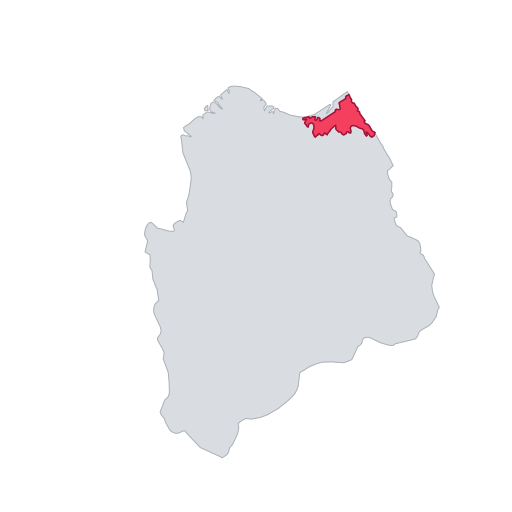 Nigeria, with Ogun highlighted, rotated 147°
{"feature_id": "NGA-2852", "entity_name": "Ogun", "entity_type": "State", "adm_level": 1, "iso_a3": "NGA", "parent_name": "Nigeria", "parent_adm1": "", "projection": "natural_earth1", "projection_center": [3.522, 7.137], "detail": "fine", "context": "in_parent", "style": "filled", "palette": "rose", "viewbox_px": 512, "rotation_deg": 147, "n_neighbors": 0, "source": "natural_earth", "source_scale": "10m", "svg_char_len": 6189}
<svg xmlns="http://www.w3.org/2000/svg" viewBox="0 0 512 512"><g transform="rotate(147 256 256)"><path d="M394.0,105.1L407.0,125.6L409.9,140.8L411.0,148.2L413.1,149.1L417.1,149.5L420.0,151.0L421.8,153.5L422.9,155.8L423.1,157.2L422.4,166.3L421.4,169.6L422.0,174.1L421.8,176.0L421.4,177.3L419.6,178.8L417.2,180.3L411.5,184.6L409.8,185.3L407.4,185.4L405.3,186.4L402.9,188.8L397.6,197.5L393.0,206.2L389.8,220.4L385.7,224.8L385.0,228.7L384.5,237.5L383.9,240.2L383.2,241.0L378.9,242.6L376.4,244.6L374.9,248.6L373.0,262.2L372.4,264.5L371.0,266.8L368.7,269.4L366.8,270.8L361.8,271.7L357.1,281.9L357.0,283.7L355.0,293.0L351.3,300.0L351.1,304.5L346.6,310.6L344.2,314.8L346.7,319.2L346.8,319.9L339.0,327.3L338.5,328.4L338.2,333.5L337.6,334.9L336.1,336.8L334.0,338.9L331.9,340.5L329.4,341.6L327.1,342.0L325.7,341.4L325.0,339.8L323.6,333.5L323.0,332.2L321.4,331.0L315.3,324.1L311.6,321.6L310.8,321.8L310.2,322.5L309.2,326.0L308.2,327.2L306.2,327.7L302.9,327.7L300.4,327.2L299.8,326.5L298.6,323.8L291.1,330.1L288.5,331.5L285.1,338.9L280.4,342.6L277.1,345.8L268.3,356.0L266.6,358.9L264.8,363.4L261.1,382.4L255.1,394.3L254.2,396.8L253.9,396.7L253.1,397.8L250.7,397.1L249.7,394.9L248.2,394.5L245.7,391.3L245.2,391.8L247.9,400.0L246.9,403.2L239.4,403.3L233.0,404.4L228.6,404.3L226.4,403.1L225.4,400.0L225.1,400.4L224.8,402.0L223.5,403.3L218.5,403.5L216.3,401.4L214.6,399.1L212.7,398.1L213.0,399.0L215.1,401.3L214.9,404.6L210.9,408.4L208.4,408.7L206.8,407.0L206.0,404.3L205.6,400.4L204.6,397.8L204.0,397.8L204.7,402.1L204.7,406.1L206.6,409.2L203.7,410.2L200.2,410.3L199.8,409.1L199.3,406.6L198.7,405.9L198.0,410.3L190.9,411.5L189.8,411.3L189.6,410.5L190.2,409.3L190.0,407.3L188.5,408.8L188.2,411.9L187.3,412.3L184.6,411.9L181.6,410.3L176.8,406.5L170.8,400.3L169.9,397.5L168.2,394.1L165.1,384.6L165.6,384.2L167.0,384.7L167.7,383.8L165.2,383.2L164.7,382.5L164.5,380.4L164.6,377.8L168.4,376.5L169.2,374.9L169.7,373.4L165.1,375.7L160.8,373.1L159.9,371.4L160.4,370.2L165.4,370.1L167.1,368.9L166.0,368.5L164.1,368.5L163.4,367.7L163.5,365.8L162.9,366.2L162.1,367.9L159.1,369.2L157.4,367.9L157.3,365.1L156.9,363.8L155.5,362.8L150.4,355.4L144.0,349.2L138.3,344.9L129.7,342.9L111.8,342.9L110.8,342.3L111.9,341.4L113.4,340.7L119.2,337.2L118.2,336.8L112.2,339.0L110.2,339.2L107.5,343.3L89.9,344.2L89.9,342.3L90.7,336.9L91.8,333.1L90.6,328.5L90.3,324.3L91.0,323.0L91.3,321.5L91.1,310.8L92.1,309.2L92.1,308.2L90.2,303.6L90.3,300.1L89.9,296.8L89.3,295.2L90.0,282.2L89.8,279.0L90.4,276.7L90.7,271.1L90.6,265.6L91.8,257.0L99.4,255.8L101.2,252.4L102.3,248.1L102.0,243.8L104.4,240.1L107.4,236.8L107.3,233.2L108.1,232.1L109.5,231.2L111.5,230.8L113.8,229.0L115.0,225.8L116.2,220.7L114.3,217.2L114.3,216.4L115.1,214.5L116.3,212.6L117.2,212.0L119.4,212.5L120.1,211.7L121.5,206.2L121.4,204.6L119.3,200.9L118.2,190.8L117.6,189.4L116.0,187.6L111.8,180.5L111.9,177.1L113.7,172.8L114.8,170.7L116.4,169.5L116.8,168.5L116.3,167.3L115.5,166.4L115.3,164.4L116.1,161.7L115.9,158.7L116.2,143.5L119.7,140.5L124.7,135.5L127.2,130.3L128.5,126.3L130.2,113.2L132.9,111.8L137.9,107.0L144.6,104.2L149.1,103.3L156.8,103.9L160.7,103.4L164.1,100.8L165.6,100.1L167.7,99.7L187.0,106.5L188.8,106.2L190.2,106.6L192.7,108.4L198.4,114.8L204.4,124.6L206.2,126.7L208.1,127.9L210.0,128.3L211.4,128.1L212.8,127.2L214.7,125.3L217.5,124.5L219.8,124.6L231.8,117.1L233.0,117.0L240.4,118.6L250.5,126.2L258.7,131.1L264.5,132.8L271.3,134.0L282.9,134.3L291.6,123.7L294.8,121.4L298.7,119.3L306.8,117.4L320.3,116.0L332.9,116.6L340.8,118.4L349.1,121.9L352.7,125.2L358.3,125.7L362.3,125.1L363.6,121.8L367.6,117.5L373.6,113.5L378.5,110.7L382.6,109.4L386.1,106.3L389.0,105.2L394.0,105.1ZM219.0,407.8L216.3,408.8L214.5,408.5L216.9,404.2L218.2,405.1L219.7,405.5L219.0,407.8Z" fill="#d9dde1" stroke="#a8b0b8" stroke-width="1"/><path d="M92.0,310.0L92.1,309.8L92.2,309.5L92.3,308.1L91.7,306.9L90.8,305.8L90.3,304.6L90.1,303.3L90.2,302.2L90.5,297.9L90.4,297.4L90.1,296.9L89.5,296.0L89.2,295.1L88.9,294.7L89.1,294.5L91.5,292.5L94.2,292.6L94.9,294.1L95.1,297.8L95.6,299.5L96.4,299.7L96.6,298.0L97.0,296.6L98.1,296.5L98.3,299.4L97.2,302.7L97.3,303.4L97.8,305.1L99.0,306.2L99.9,307.6L101.2,310.2L103.2,312.3L104.7,312.9L106.3,312.8L107.4,311.7L108.5,308.5L109.7,307.6L110.7,308.5L111.2,310.1L112.0,310.6L112.8,310.1L113.7,309.6L116.5,309.7L117.4,311.3L117.4,313.1L117.5,313.7L118.3,314.4L119.1,314.9L119.3,315.5L119.3,316.1L119.4,316.6L119.6,317.1L119.9,319.0L118.9,320.6L118.1,322.2L119.8,322.2L123.3,321.7L125.0,321.2L125.8,320.6L126.7,320.3L127.5,320.2L128.3,320.0L130.3,318.9L130.9,320.3L131.2,321.8L132.3,321.6L133.3,320.8L134.7,320.8L135.6,321.7L135.9,322.5L136.2,323.3L136.3,323.8L136.4,324.3L137.2,324.4L138.2,323.7L138.8,323.9L139.4,324.0L139.9,323.7L140.4,323.6L141.5,323.4L141.9,324.1L141.3,328.3L140.8,329.2L138.2,331.3L136.8,333.0L136.2,335.2L136.2,336.1L136.6,337.0L136.9,337.3L137.8,337.6L138.3,337.7L139.8,337.8L141.0,336.9L141.4,336.2L142.1,335.8L142.6,336.6L142.6,338.9L142.9,340.5L142.8,340.9L142.5,341.3L142.1,341.5L140.6,342.7L139.7,342.8L139.3,343.0L139.8,343.7L140.6,343.7L142.2,344.4L142.2,345.3L141.8,345.9L140.1,345.8L137.6,344.6L135.8,344.2L135.9,343.2L135.9,342.3L135.1,342.0L133.5,342.0L132.8,342.1L132.4,341.8L132.0,341.4L131.2,341.1L130.5,340.7L130.5,339.9L132.1,338.8L132.4,338.2L132.1,337.5L131.3,337.1L130.4,337.4L129.5,338.0L128.7,338.5L127.9,337.8L127.8,337.4L127.5,336.6L127.8,335.8L128.5,335.2L128.8,334.3L127.1,333.8L110.7,333.9L110.4,334.2L110.4,334.6L110.0,335.2L109.5,335.3L108.5,335.3L107.8,334.3L106.5,333.5L105.9,333.3L105.0,333.7L104.8,334.2L104.4,335.8L104.0,336.4L103.6,337.1L103.3,338.6L102.9,339.2L101.2,339.4L95.1,339.1L94.8,339.3L94.8,339.8L94.2,340.5L93.5,341.0L92.8,341.1L92.1,340.8L91.1,340.9L90.2,340.8L90.1,340.2L90.2,339.8L90.7,338.1L90.8,337.4L90.6,336.0L90.6,335.4L90.9,334.7L91.4,334.1L91.7,333.9L91.9,333.5L91.8,332.0L91.7,331.7L91.2,331.5L90.9,331.4L90.7,331.2L90.5,330.9L90.4,330.2L90.4,329.5L90.7,328.1L90.6,326.8L90.2,325.5L90.1,324.3L90.8,323.2L91.2,323.0L91.5,322.9L91.8,322.7L91.9,322.3L91.8,322.0L91.0,321.3L90.8,321.0L90.7,320.6L90.7,320.3L90.8,320.1L91.1,319.5L91.3,319.2L91.4,318.9L91.4,318.4L90.9,310.4L90.9,310.0L91.1,309.9L91.4,309.9L92.0,310.0Z" fill="#f43f5e" stroke="#9f1239" stroke-width="1.5"/></g></svg>